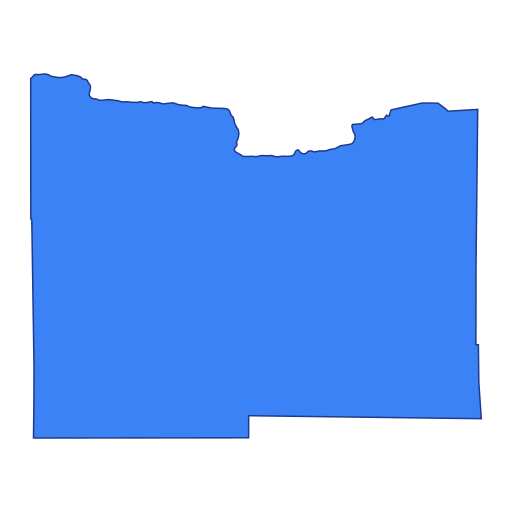 Koochiching, Minnesota, United States of America
{"feature_id": "52423323B71326746759120", "entity_name": "Koochiching", "entity_type": "district", "adm_level": 2, "iso_a3": "USA", "parent_name": "United States of America", "parent_adm1": "Minnesota", "projection": "robinson", "projection_center": [-93.793, 48.279], "detail": "fine", "context": "isolated", "style": "filled", "palette": "blue", "viewbox_px": 512, "rotation_deg": 0, "n_neighbors": 0, "source": "geoboundaries", "source_scale": "gbopen_adm2", "svg_char_len": 2344}
<svg xmlns="http://www.w3.org/2000/svg" viewBox="0 0 512 512"><path d="M477.7,109.4L459.7,110.5L447.9,111.2L447.2,110.5L445.9,109.1L438.1,103.2L422.3,103.0L391.4,109.8L391.2,109.9L390.9,110.5L389.5,114.4L389.5,115.4L389.2,115.8L388.8,116.2L388.5,116.1L386.5,115.2L384.9,117.5L384.7,118.1L383.5,118.9L379.3,118.9L375.6,119.6L374.3,119.4L372.7,117.8L372.5,117.1L372.2,117.1L371.1,117.5L369.3,118.7L365.4,120.5L364.5,121.1L362.6,123.1L361.1,123.8L352.5,124.5L352.2,125.0L351.9,126.4L353.4,131.9L355.0,134.8L355.1,137.1L354.6,139.8L353.7,141.8L352.2,143.4L351.5,143.9L346.8,144.9L340.6,145.7L335.5,148.4L334.4,148.8L330.0,149.4L327.2,150.5L324.9,151.0L320.0,150.9L314.5,151.9L313.7,151.8L311.3,150.9L309.2,151.0L307.9,151.6L306.1,153.3L305.4,153.6L303.8,154.0L303.0,153.9L301.2,153.0L299.9,151.9L298.5,150.0L297.7,149.9L296.5,150.4L295.5,151.4L294.6,153.6L293.5,155.0L293.0,155.4L292.2,155.8L288.4,156.4L282.5,156.2L277.0,156.9L275.8,156.8L272.9,155.8L270.9,155.5L266.1,155.8L263.3,155.5L260.0,155.8L256.3,156.7L255.1,156.6L252.9,156.3L250.1,156.4L245.7,156.5L242.5,156.3L241.5,155.3L240.1,154.4L236.6,152.6L235.6,151.9L234.5,150.4L234.3,149.3L234.5,148.6L234.8,148.0L236.6,146.0L236.9,145.2L236.9,143.9L236.5,142.4L236.6,141.8L237.6,139.6L238.4,137.1L238.8,134.3L238.9,133.5L238.4,130.4L238.0,129.3L236.6,127.4L234.5,123.0L233.9,119.4L233.1,117.2L232.6,116.5L231.3,115.6L229.2,110.5L228.2,109.6L227.1,109.0L226.0,108.7L223.4,108.4L211.7,108.1L203.5,106.4L202.5,106.6L202.2,107.3L201.8,107.5L198.3,107.9L192.6,107.4L189.2,106.8L187.1,105.7L186.2,105.4L181.8,105.2L177.3,104.3L173.8,103.0L171.7,102.9L164.2,103.8L162.1,103.8L159.6,102.8L156.5,102.5L153.9,102.9L152.6,102.6L152.1,101.6L150.2,101.7L148.5,102.4L143.6,102.7L140.7,101.7L137.3,102.4L131.9,102.3L127.8,101.8L121.6,101.8L118.1,100.8L111.2,99.8L107.5,99.6L102.6,100.3L99.3,100.2L96.2,99.0L92.6,98.6L91.8,98.2L90.7,97.3L90.6,97.2L89.2,95.2L89.2,94.2L90.5,88.1L90.4,85.9L89.8,84.7L88.1,82.4L87.3,80.5L85.9,79.4L82.7,79.0L80.2,76.8L77.2,75.7L71.3,74.7L64.7,77.1L59.9,77.6L56.5,77.3L51.3,76.3L48.1,74.7L46.1,74.0L44.5,74.0L38.7,74.6L35.4,74.4L34.5,74.7L33.7,75.3L32.8,76.7L30.7,78.6L30.8,218.8L31.8,220.4L34.0,366.3L33.9,401.3L33.5,438.0L248.6,437.8L248.7,415.7L481.3,418.7L478.8,382.2L478.4,344.7L475.9,344.7L476.0,268.2L477.7,109.4Z" fill="#3b82f6" stroke="#1e3a8a" stroke-width="1.5"/></svg>